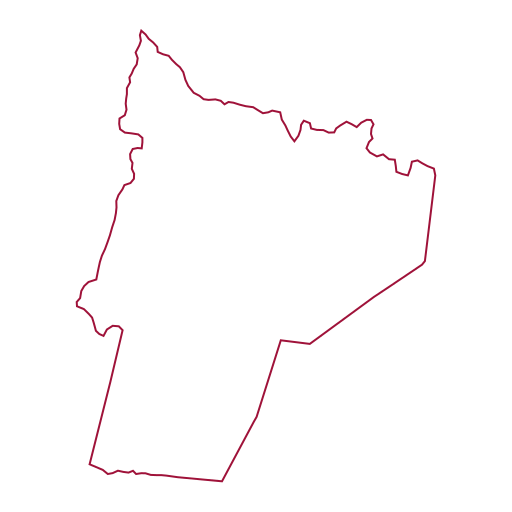 Saúde, Bahia, Brazil
{"feature_id": "56859067B4343183241254", "entity_name": "Saúde", "entity_type": "district", "adm_level": 2, "iso_a3": "BRA", "parent_name": "Brazil", "parent_adm1": "Bahia", "projection": "mercator", "projection_center": [-40.398, -10.907], "detail": "fine", "context": "isolated", "style": "outline", "palette": "rose", "viewbox_px": 512, "rotation_deg": 0, "n_neighbors": 0, "source": "geoboundaries", "source_scale": "gbopen_adm2", "svg_char_len": 2141}
<svg xmlns="http://www.w3.org/2000/svg" viewBox="0 0 512 512"><path d="M222.0,481.3L253.9,421.6L256.6,416.9L280.8,340.3L309.8,343.9L374.1,296.8L389.6,286.5L422.0,264.7L424.9,261.1L435.3,175.4L433.9,168.6L427.5,166.1L422.3,163.3L417.6,160.4L411.9,161.7L410.6,167.9L407.9,175.4L402.1,174.0L396.4,171.8L395.8,166.1L394.8,159.7L389.0,159.2L383.1,154.4L376.9,156.4L369.9,152.5L366.5,148.2L369.0,142.0L372.5,138.5L371.0,134.0L371.5,128.5L373.5,124.3L371.0,120.0L366.8,119.8L361.2,122.7L356.7,127.1L351.7,124.2L346.5,121.7L340.2,125.5L336.2,128.4L334.2,132.4L328.7,132.6L323.4,130.1L316.8,129.9L311.1,128.5L309.9,123.2L303.8,120.7L301.1,124.8L300.5,129.9L298.4,135.8L294.4,141.3L290.7,136.5L287.7,130.5L285.4,125.5L281.8,119.6L280.2,112.3L272.2,110.6L268.3,112.3L262.9,113.2L257.5,109.9L253.2,107.2L245.8,106.2L239.8,104.7L233.4,102.7L228.5,102.0L224.5,104.3L220.8,100.8L215.4,99.4L208.5,99.9L203.6,99.2L199.5,95.8L193.7,92.8L188.2,85.9L185.4,79.8L183.3,72.2L179.9,67.2L176.3,64.2L171.9,59.8L168.7,55.8L163.1,54.3L157.7,51.9L157.2,46.9L153.2,42.5L148.7,38.8L145.6,34.5L141.3,30.7L139.9,35.1L140.9,40.8L139.3,45.4L135.6,52.5L137.7,58.2L136.7,64.4L133.7,68.8L131.7,73.6L129.4,77.4L130.1,82.3L126.9,88.1L126.9,94.1L126.2,98.5L125.7,103.7L126.5,109.7L124.8,115.2L119.5,118.5L119.2,123.9L120.1,129.2L124.9,132.6L131.1,133.3L138.3,134.4L142.4,137.9L142.4,142.4L141.7,148.4L137.6,148.0L132.7,149.0L130.1,154.1L130.4,159.1L132.5,162.9L131.8,168.8L134.1,173.8L133.9,178.8L130.5,183.0L124.4,185.1L122.4,189.4L118.4,195.2L116.3,201.0L116.5,207.5L115.9,213.2L114.6,220.0L112.2,227.2L109.9,235.4L107.6,242.0L105.0,249.1L101.9,255.7L99.9,262.0L98.8,267.0L97.9,271.3L96.3,279.5L88.5,282.0L84.2,286.0L81.3,291.0L80.1,298.1L76.7,302.0L77.0,306.3L83.9,309.1L88.9,314.0L92.1,317.6L93.6,322.4L94.8,326.7L95.9,330.8L99.3,334.0L103.5,335.9L106.9,329.5L112.7,325.8L118.8,326.3L122.6,330.2L110.3,382.1L89.6,464.3L102.8,469.9L107.8,474.0L112.7,473.1L117.9,470.7L123.3,471.9L128.5,472.6L133.0,470.8L136.1,474.0L141.3,473.2L145.5,473.3L150.8,474.9L155.9,475.1L161.0,475.1L166.3,475.6L172.7,476.5L177.7,477.2L222.0,481.3Z" fill="none" stroke="#9f1239" stroke-width="2"/></svg>